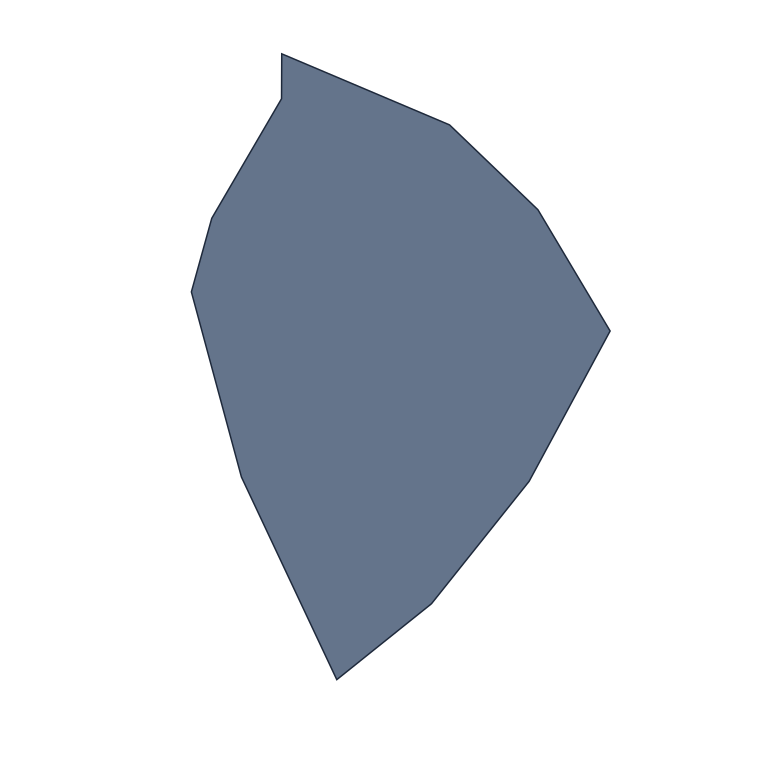 an SVG outline of Saint Georges, rotated 193°
{"feature_id": "MSR-5088", "entity_name": "Saint Georges", "entity_type": "Parish", "adm_level": 1, "iso_a3": "MSR", "parent_name": "Montserrat", "parent_adm1": "", "projection": "orthographic", "projection_center": [-62.166, 16.749], "detail": "fine", "context": "isolated", "style": "filled", "palette": "slate", "viewbox_px": 768, "rotation_deg": 193, "n_neighbors": 0, "source": "natural_earth", "source_scale": "10m", "svg_char_len": 313}
<svg xmlns="http://www.w3.org/2000/svg" viewBox="0 0 768 768"><g transform="rotate(193 384 384)"><path d="M363.5,85.3L502.0,261.3L592.4,430.4L589.1,506.7L548.0,638.9L557.9,682.7L378.4,651.2L273.2,588.4L175.6,486.5L220.7,321.8L288.3,180.6L363.5,85.3Z" fill="#64748b" stroke="#1e293b" stroke-width="1.5"/></g></svg>